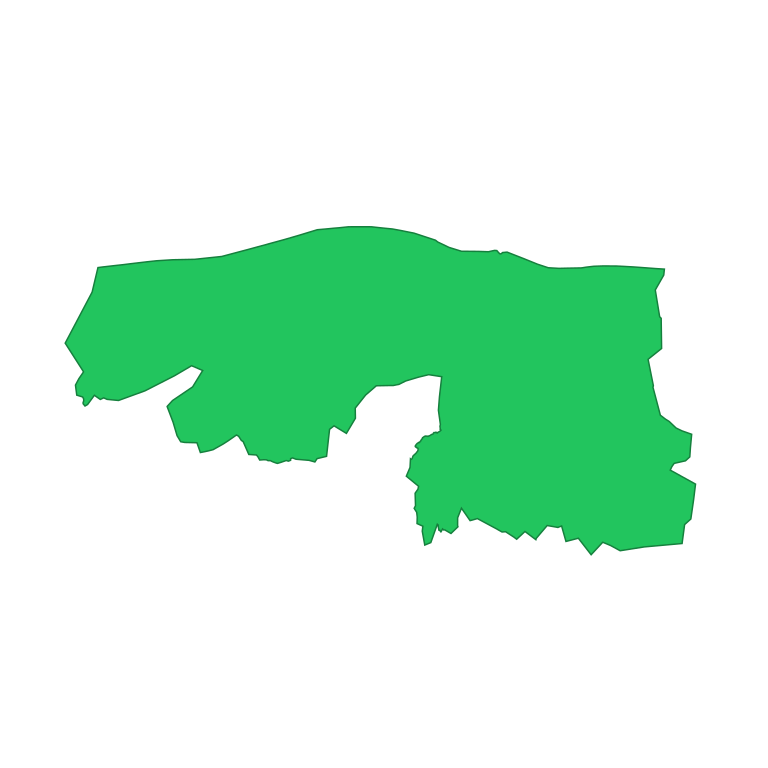 Yusufari, Yobe, Nigeria (Equal Earth projection), rotated 7°
{"feature_id": "59680162B61002782115608", "entity_name": "Yusufari", "entity_type": "district", "adm_level": 2, "iso_a3": "NGA", "parent_name": "Nigeria", "parent_adm1": "Yobe", "projection": "equal_earth", "projection_center": [10.863, 13.162], "detail": "fine", "context": "isolated", "style": "filled", "palette": "green", "viewbox_px": 768, "rotation_deg": 7, "n_neighbors": 0, "source": "geoboundaries", "source_scale": "gbopen_adm2", "svg_char_len": 4472}
<svg xmlns="http://www.w3.org/2000/svg" viewBox="0 0 768 768"><g transform="rotate(7 384 384)"><path d="M104.3,433.9L107.5,431.9L111.0,433.0L122.5,432.7L147.6,419.9L175.0,401.4L190.8,389.3L202.4,392.7L194.4,410.2L176.1,426.2L171.5,432.7L171.5,432.8L179.3,447.6L184.9,460.5L189.3,466.1L193.4,466.3L205.5,465.1L210.1,474.4L214.4,473.0L218.1,471.7L222.4,470.0L231.5,463.3L236.2,459.4L243.8,452.6L245.7,453.4L246.2,453.7L249.3,457.4L251.2,458.3L258.4,470.4L266.1,470.0L267.8,471.7L269.9,474.6L274.0,473.8L276.6,473.6L278.2,474.2L280.5,473.9L282.8,474.7L286.1,475.5L287.9,475.8L291.3,474.3L296.0,472.0L296.7,471.9L297.6,472.1L298.6,472.2L300.6,471.1L300.4,469.5L302.2,468.5L305.8,469.4L318.9,468.9L324.9,469.8L326.7,466.2L335.8,462.8L335.6,446.4L335.5,435.6L339.5,431.6L352.7,437.6L359.8,421.5L358.4,411.4L367.1,397.2L376.6,386.7L390.6,384.7L393.3,384.4L396.5,383.3L398.8,382.6L405.1,378.4L417.4,373.0L427.2,369.3L440.4,369.7L440.6,390.0L441.2,403.4L444.9,417.3L444.8,418.3L444.7,418.9L444.8,419.6L445.1,420.6L445.3,421.3L445.2,421.8L445.3,422.2L445.6,422.2L445.9,422.5L446.2,422.9L446.1,423.1L445.9,423.3L445.2,424.1L444.8,424.4L444.4,424.7L444.0,425.1L443.5,425.3L443.2,425.7L442.9,426.1L442.6,426.2L442.3,425.9L441.9,425.6L441.3,425.6L440.9,425.7L440.8,426.0L440.4,426.1L440.0,426.1L439.5,426.1L439.3,426.4L439.0,426.8L438.8,427.3L438.7,427.8L438.3,428.0L437.8,428.2L437.3,428.3L437.1,428.5L436.7,428.9L436.3,429.2L436.0,429.5L435.5,429.8L434.9,430.0L434.6,430.3L434.3,430.6L433.9,430.7L433.6,430.6L433.2,430.4L432.9,430.4L432.3,430.7L432.0,430.8L431.7,430.6L431.4,430.6L431.0,430.8L430.7,431.0L430.4,431.2L430.2,431.5L429.8,431.7L429.6,432.0L429.4,432.3L429.0,432.4L428.8,432.6L428.8,432.9L428.7,433.3L428.6,433.6L428.4,434.0L428.1,434.3L427.9,434.8L427.7,435.1L427.5,435.5L427.5,435.8L427.4,436.1L427.0,436.4L426.8,436.9L426.5,437.4L426.3,437.7L426.0,437.5L425.8,437.6L425.5,437.8L425.3,438.0L425.1,438.3L424.9,438.5L424.4,438.7L424.2,439.0L423.9,439.4L423.6,439.8L423.3,440.2L423.1,440.7L422.9,441.1L422.6,441.6L422.6,442.0L422.7,442.3L422.9,442.5L423.1,442.7L423.4,442.7L423.7,442.8L423.9,442.9L424.2,443.3L424.5,443.4L424.9,443.5L425.2,443.6L425.6,443.7L425.7,444.2L425.8,444.8L425.8,445.3L425.7,446.1L425.5,446.7L425.3,447.1L424.8,447.6L424.5,448.2L424.2,448.9L423.6,449.5L423.3,449.8L422.9,450.4L422.5,450.9L422.1,451.1L421.9,451.4L421.7,451.8L421.5,452.3L421.3,453.1L421.2,453.9L421.0,454.5L420.8,454.9L420.6,455.2L420.3,455.4L419.8,455.4L419.4,455.1L420.0,463.6L417.4,472.8L430.8,481.3L430.5,484.3L428.2,488.6L430.1,501.0L429.1,503.7L432.1,507.4L433.2,512.1L433.8,518.5L439.9,520.4L439.9,525.4L444.1,538.9L449.8,535.7L454.0,516.7L455.1,517.5L455.0,517.9L455.4,519.6L455.9,521.0L456.1,521.6L456.2,522.2L456.3,522.4L456.8,522.5L457.3,522.4L457.4,522.5L457.5,522.8L457.7,523.1L458.5,523.8L459.1,522.6L459.8,520.7L461.0,521.6L462.1,521.4L468.7,524.2L474.8,516.7L474.3,515.5L473.4,507.8L476.0,497.8L486.1,509.1L487.9,508.4L493.1,506.2L513.7,514.2L515.3,514.9L519.2,516.5L522.7,515.8L531.5,520.1L534.6,521.9L541.9,513.2L553.7,520.0L553.9,518.7L563.2,504.6L573.3,505.1L574.1,505.2L574.3,505.0L577.6,503.3L583.8,518.1L595.7,513.4L610.4,528.2L620.4,514.4L628.6,516.7L638.7,520.7L662.1,514.0L699.3,506.0L699.5,486.9L702.2,483.8L705.0,480.6L705.4,461.1L705.4,445.4L678.6,434.6L679.8,430.9L681.7,427.4L692.6,423.5L696.4,419.1L695.9,409.8L695.5,396.4L685.5,394.2L679.3,392.1L674.3,388.4L671.6,386.4L667.7,384.6L662.1,381.3L651.3,354.3L651.6,353.0L643.1,327.3L655.2,314.9L651.1,285.0L649.4,283.6L641.8,257.6L648.4,241.8L648.3,235.8L640.0,236.3L625.2,237.0L617.5,237.4L606.9,238.1L600.2,238.6L587.2,240.1L577.8,241.6L570.4,243.4L565.9,244.7L558.2,245.8L551.8,246.7L543.6,247.9L532.9,248.6L521.8,246.4L507.3,242.5L490.1,238.1L485.6,239.1L484.8,240.1L484.1,240.6L483.2,240.7L481.7,239.6L480.6,238.6L479.7,237.8L477.5,237.9L471.5,240.0L461.5,240.9L444.7,242.8L431.9,240.5L420.0,236.5L417.6,235.0L395.4,230.6L389.8,230.2L382.1,229.6L373.5,229.1L365.6,229.3L360.3,229.4L352.3,229.5L344.7,230.4L339.0,231.1L335.7,231.5L329.6,232.3L323.5,233.7L320.0,234.5L315.6,235.4L307.5,237.2L299.0,239.0L281.2,246.9L267.7,252.7L232.8,267.0L207.4,277.2L181.0,283.3L159.4,286.4L143.3,289.4L134.7,291.4L118.3,295.4L110.3,297.4L103.1,299.1L90.2,302.2L85.9,303.3L83.1,328.4L62.6,382.3L82.9,406.8L84.3,408.6L80.5,415.9L77.9,422.7L80.4,432.5L86.5,433.6L87.7,435.4L88.0,437.4L87.6,439.0L87.8,440.3L89.9,442.3L92.3,440.5L97.9,430.5L104.3,433.9Z" fill="#22c55e" stroke="#15803d" stroke-width="1.5"/></g></svg>